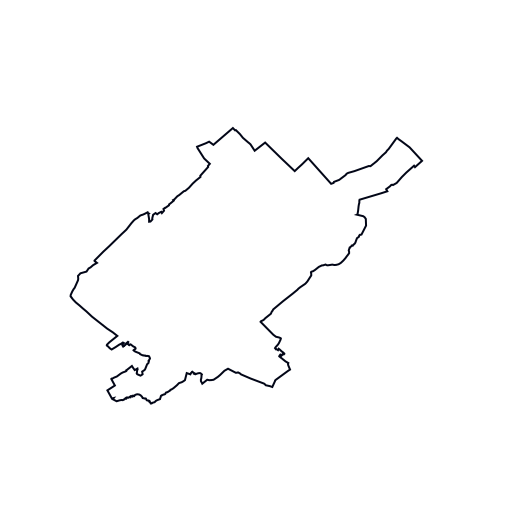 Radesti, Galati, Romania (Mercator projection), rotated 246°
{"feature_id": "2599482B86347872402949", "entity_name": "Radesti", "entity_type": "district", "adm_level": 2, "iso_a3": "ROU", "parent_name": "Romania", "parent_adm1": "Galati", "projection": "mercator", "projection_center": [27.788, 46.057], "detail": "fine", "context": "isolated", "style": "outline", "palette": "ink", "viewbox_px": 512, "rotation_deg": 246, "n_neighbors": 0, "source": "geoboundaries", "source_scale": "gbopen_adm2", "svg_char_len": 5995}
<svg xmlns="http://www.w3.org/2000/svg" viewBox="0 0 512 512"><g transform="rotate(246 256 256)"><path d="M306.6,432.9L306.3,432.0L299.8,420.7L299.0,418.6L297.9,416.9L296.5,412.5L293.5,404.8L291.5,397.1L292.3,395.7L293.5,380.4L294.4,374.2L294.4,373.0L294.1,371.8L293.5,370.8L291.7,362.9L292.0,357.4L291.2,356.6L291.4,354.0L324.1,343.5L320.9,335.0L319.4,330.4L317.8,325.9L334.2,319.1L355.9,310.5L352.7,297.6L360.2,296.4L361.8,295.7L362.9,295.1L369.3,292.1L373.9,290.9L379.2,288.8L379.3,288.0L382.3,286.9L374.9,262.3L379.5,259.7L379.4,255.9L379.8,246.6L378.3,246.5L366.2,248.3L359.0,251.3L357.8,248.7L356.8,248.5L352.0,237.8L350.8,237.4L349.4,232.0L347.9,227.6L345.6,222.5L344.3,218.0L344.5,216.4L342.9,210.6L342.6,208.5L340.9,204.4L340.8,203.1L340.0,203.3L338.8,199.0L338.5,197.6L337.7,197.1L336.8,192.5L337.0,192.3L336.6,190.6L334.8,190.4L333.5,187.5L334.9,187.4L334.8,184.8L334.3,182.7L336.1,181.7L335.5,178.8L332.7,176.6L331.5,176.2L330.4,173.6L330.8,172.3L333.3,173.4L338.0,174.6L338.3,175.4L338.8,174.9L340.0,174.8L339.8,171.3L339.8,169.4L340.0,167.8L340.0,166.6L339.0,163.1L338.7,160.6L338.2,158.9L336.6,155.4L332.8,148.3L330.8,142.5L324.7,126.0L322.1,118.4L317.5,106.6L317.0,106.5L314.4,107.9L313.9,103.5L312.9,100.2L312.7,98.0L310.7,94.8L311.6,88.6L310.4,85.8L310.2,85.3L307.4,84.3L306.2,83.5L300.7,77.4L299.9,75.9L298.3,73.7L295.8,70.9L294.6,70.2L293.7,70.4L293.8,70.5L290.8,71.1L286.9,72.5L282.7,74.6L278.5,76.5L274.4,78.5L267.3,81.5L250.2,90.5L244.4,94.2L239.4,96.8L236.8,86.9L236.0,84.8L235.6,83.8L235.2,83.4L234.9,83.3L233.7,84.0L231.5,84.8L230.5,85.3L229.3,86.1L229.9,90.8L230.7,95.4L230.6,96.5L231.1,99.2L230.2,99.9L229.6,98.0L229.1,97.9L228.7,97.6L227.3,97.8L227.5,98.5L227.4,98.9L227.7,99.2L227.9,99.7L227.8,99.9L227.9,100.5L229.1,102.4L229.9,104.9L229.1,104.1L228.4,102.7L228.0,102.7L227.5,103.4L227.1,103.7L226.6,103.9L226.4,103.7L226.1,103.9L226.4,105.1L226.3,105.5L223.3,107.1L221.9,108.3L220.8,108.5L220.5,108.4L220.2,108.1L219.9,106.3L219.7,105.8L218.9,106.1L217.8,106.8L214.4,110.1L213.5,110.2L211.3,112.1L211.0,112.8L210.6,113.1L210.5,113.3L210.3,114.1L209.8,114.3L209.6,114.6L209.2,115.3L209.1,115.8L208.1,117.4L206.6,117.6L205.4,117.4L203.9,115.2L203.5,115.4L201.9,114.1L201.4,112.5L197.7,108.7L197.4,108.3L197.1,107.4L196.9,106.3L196.7,105.0L194.1,104.3L193.8,103.0L193.7,101.8L196.1,99.6L196.7,99.3L197.4,99.3L198.0,99.8L200.0,101.0L200.5,101.7L201.4,101.9L201.1,98.8L204.0,98.2L206.0,97.9L204.4,91.5L204.4,91.0L204.2,90.8L203.8,90.9L203.7,90.8L203.6,90.0L203.8,86.7L203.6,84.7L202.5,79.8L202.6,78.0L202.6,76.6L202.4,75.0L202.7,74.3L202.5,73.8L195.1,74.4L193.7,65.6L184.4,66.4L184.1,68.2L183.4,66.9L180.0,69.6L179.6,72.9L179.0,75.0L178.6,75.4L178.5,75.7L178.5,76.2L178.7,76.9L178.5,77.3L178.8,78.0L179.1,78.6L179.2,79.1L178.5,79.2L178.4,79.5L179.1,80.3L179.3,80.7L178.5,81.5L178.6,81.9L178.4,82.4L178.7,83.4L178.7,83.6L178.2,83.9L178.9,84.5L178.9,84.9L178.4,85.1L178.3,85.6L177.9,85.7L177.8,85.9L177.9,86.1L178.4,86.4L178.5,86.9L178.4,87.0L178.1,86.9L177.8,87.1L177.6,87.4L177.5,87.7L177.9,88.3L178.2,88.9L178.2,89.6L178.2,90.3L177.9,91.5L176.9,93.0L175.7,93.9L173.9,94.6L172.3,94.7L172.0,95.1L171.7,95.7L171.1,96.2L170.9,96.9L170.7,97.3L170.4,97.4L168.7,97.5L168.1,98.1L167.9,98.6L167.7,98.8L167.7,99.0L167.4,99.2L167.2,99.5L166.7,99.3L166.5,99.7L165.8,99.5L165.4,99.9L164.8,99.9L164.2,99.8L163.9,100.0L163.8,101.2L164.0,101.5L164.0,101.9L163.7,103.8L163.9,104.5L164.2,105.1L164.4,105.9L164.5,107.2L164.3,110.1L165.0,110.6L165.5,111.2L166.8,112.2L167.0,112.7L167.1,113.4L166.9,113.7L167.0,114.3L167.1,115.2L166.8,116.0L166.8,116.4L166.9,116.7L166.9,117.0L167.7,117.9L167.8,118.2L167.9,118.6L167.6,119.4L167.6,119.9L167.7,120.1L168.0,122.6L168.6,123.5L168.4,124.2L168.8,126.8L170.1,131.2L171.2,133.9L170.9,136.9L171.1,138.7L171.5,140.6L177.2,145.1L174.6,147.9L175.5,148.9L175.5,149.3L176.2,150.4L176.2,150.8L174.9,151.3L173.9,152.1L173.5,151.6L172.6,152.5L172.6,153.4L172.5,154.8L172.3,155.8L172.1,156.6L171.5,157.6L169.8,158.4L168.9,157.5L167.9,157.1L166.3,156.1L165.7,155.5L164.8,155.1L164.1,154.8L161.9,155.0L161.2,155.0L162.8,161.1L161.6,162.7L160.9,164.4L160.2,166.9L161.1,172.1L161.9,174.8L164.0,180.5L164.4,184.6L157.5,190.1L157.0,191.6L157.0,192.2L155.4,193.5L153.9,194.2L146.2,201.3L136.2,211.4L135.1,212.0L134.0,212.3L131.5,215.7L129.7,217.6L134.1,222.6L134.5,222.8L134.8,223.6L138.0,238.4L138.4,240.9L142.9,241.0L144.4,241.3L145.1,242.0L147.7,240.1L154.7,236.5L155.0,237.1L155.4,237.0L156.0,238.1L154.6,238.8L155.0,239.9L155.3,239.8L155.5,240.2L155.6,240.7L155.0,240.9L154.8,241.3L155.1,242.1L155.3,242.2L157.0,241.5L158.3,240.7L160.7,239.7L162.0,239.0L161.0,237.8L163.0,236.5L162.9,236.2L164.1,235.9L164.7,236.8L166.2,240.1L167.1,241.5L169.6,244.4L170.6,245.2L170.9,245.1L172.2,243.9L174.1,241.4L177.0,239.8L194.0,233.4L194.4,234.1L194.4,236.0L194.6,237.3L195.4,239.2L197.2,246.1L198.5,247.5L198.9,248.0L199.2,248.8L200.2,250.0L203.7,262.3L206.7,274.3L208.3,280.1L208.9,281.4L209.5,283.8L210.6,289.8L211.8,292.5L214.5,296.6L215.7,298.5L217.2,299.2L218.8,299.6L219.0,299.9L219.1,300.2L218.9,302.0L219.3,304.4L220.5,309.0L220.6,312.5L220.2,313.3L219.9,316.1L219.0,316.7L218.3,317.7L217.1,322.2L215.9,323.9L215.3,325.5L214.9,327.8L214.9,328.6L215.2,330.7L216.3,333.9L217.7,336.9L218.7,338.6L219.8,340.7L220.7,342.2L222.0,342.8L223.4,343.0L225.4,344.8L225.4,345.2L225.7,345.3L225.7,345.8L226.0,346.3L226.1,346.6L226.2,347.6L226.4,347.9L226.3,348.2L226.5,348.2L226.4,348.6L226.5,348.9L226.5,349.5L226.8,350.0L227.0,350.6L227.0,350.9L227.7,352.1L228.2,352.6L229.2,353.5L231.2,355.5L231.7,357.8L232.7,358.6L233.1,359.5L232.9,359.9L232.7,361.1L239.0,368.9L245.2,371.4L247.3,371.0L248.8,370.1L252.7,365.0L252.7,365.3L253.1,365.9L256.0,367.8L259.8,370.0L261.6,371.2L262.5,372.0L264.5,372.9L265.3,373.5L262.4,395.8L261.7,402.3L264.1,402.1L265.2,406.9L265.8,408.1L265.8,409.3L265.1,410.0L265.5,414.2L268.8,421.3L271.1,427.3L274.2,437.1L272.5,437.4L275.4,446.4L292.8,440.5L301.6,435.6L305.0,433.6L306.6,432.9Z" fill="none" stroke="#020617" stroke-width="2"/></g></svg>